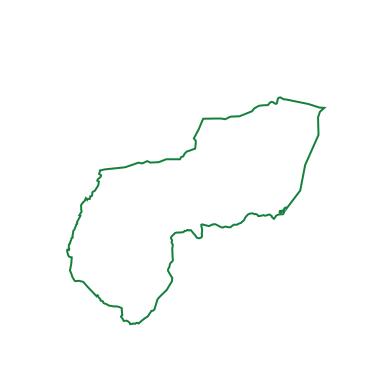 the district of Tominian, Ségou, Mali, rotated 35°
{"feature_id": "8926073B14979931376640", "entity_name": "Tominian", "entity_type": "district", "adm_level": 2, "iso_a3": "MLI", "parent_name": "Mali", "parent_adm1": "Ségou", "projection": "robinson", "projection_center": [-4.333, 13.322], "detail": "fine", "context": "isolated", "style": "outline", "palette": "green", "viewbox_px": 384, "rotation_deg": 35, "n_neighbors": 0, "source": "geoboundaries", "source_scale": "gbopen_adm2", "svg_char_len": 4412}
<svg xmlns="http://www.w3.org/2000/svg" viewBox="0 0 384 384"><g transform="rotate(35 192 192)"><path d="M252.1,47.2L248.0,49.7L236.8,53.2L216.3,62.1L213.8,63.5L210.2,63.8L209.1,64.9L208.8,66.5L209.5,67.8L210.6,70.5L210.3,71.6L209.0,72.0L206.7,72.0L205.4,72.6L204.5,74.4L204.5,75.7L204.3,77.3L200.0,80.6L197.3,83.1L195.1,87.7L194.8,91.5L187.4,102.8L180.3,108.2L177.4,113.4L173.7,115.1L171.4,116.7L159.1,125.6L161.5,136.6L162.8,147.1L165.6,147.8L167.2,150.0L169.7,154.7L164.4,162.1L164.0,165.2L164.4,167.8L163.1,169.5L163.4,172.1L152.1,180.0L147.6,186.7L141.0,191.8L137.6,192.4L134.8,197.2L131.4,198.6L123.4,209.6L122.7,210.4L107.5,223.6L104.2,227.2L104.8,228.0L105.5,230.5L107.9,230.4L108.5,232.1L107.5,236.0L107.8,236.6L108.0,237.1L109.8,236.9L111.4,240.3L111.7,246.7L110.9,248.3L110.6,248.9L110.7,249.7L111.4,250.8L112.1,252.0L112.1,253.0L111.2,253.8L112.2,256.4L110.3,257.6L110.5,258.6L108.6,258.0L109.2,260.7L108.7,262.9L108.6,266.2L111.3,269.9L112.8,271.3L113.1,275.8L114.3,275.6L114.5,277.8L115.1,282.6L116.2,283.8L115.8,284.9L116.1,285.7L117.2,290.1L117.1,292.0L118.4,294.4L119.2,296.5L120.0,297.1L120.4,297.8L119.8,298.6L120.5,300.6L121.0,303.2L121.6,304.0L121.4,305.7L123.2,308.7L124.0,308.9L124.5,310.0L123.0,310.8L123.3,311.8L125.4,313.6L126.7,314.7L128.1,315.4L129.2,315.3L131.0,314.5L134.4,320.3L137.0,326.2L141.1,328.9L142.4,330.0L144.8,331.2L147.3,332.1L150.3,329.6L154.4,328.0L161.0,329.6L173.5,332.1L173.4,331.5L173.5,331.1L173.7,330.8L174.6,330.8L175.2,331.5L175.7,331.8L176.8,332.1L177.6,332.1L178.4,332.3L178.7,332.7L179.2,333.3L180.0,333.3L180.7,332.8L181.0,332.7L182.1,332.9L182.8,333.5L183.4,333.7L184.6,333.4L186.1,333.0L188.7,332.6L189.4,332.7L190.6,331.9L193.4,330.7L194.5,329.9L195.2,329.4L197.4,328.2L200.9,327.4L201.4,327.7L202.1,328.9L203.8,330.9L205.1,332.3L205.5,332.7L205.3,333.8L205.4,334.9L206.0,335.1L207.3,335.4L208.5,335.9L209.3,336.5L209.9,336.8L210.7,336.2L211.6,335.4L211.9,335.2L212.6,334.8L214.2,334.7L215.1,334.9L215.6,334.9L216.0,334.9L216.7,335.2L217.1,335.7L218.0,334.9L218.8,334.3L219.3,333.4L220.1,332.9L221.0,332.6L221.3,331.9L221.6,331.1L221.7,330.9L222.6,330.4L223.0,330.4L223.6,330.4L223.8,329.9L223.9,329.2L224.2,328.2L224.6,326.5L224.8,325.7L225.7,322.8L226.5,320.7L227.0,319.8L227.1,319.1L227.0,313.8L226.9,312.7L227.8,312.0L228.3,311.1L228.6,309.8L225.6,300.7L225.3,299.5L225.5,297.4L225.8,295.5L227.2,288.0L227.5,287.2L227.0,280.4L226.8,277.1L226.6,276.2L225.6,274.7L225.1,273.6L222.8,272.8L217.6,270.3L217.5,270.2L217.1,269.8L217.0,269.5L216.5,267.8L216.5,266.2L215.7,264.8L215.6,264.4L215.2,263.2L215.3,261.7L215.7,259.7L215.4,258.8L212.8,255.6L209.6,251.4L208.5,250.0L207.7,248.5L207.0,247.0L206.4,246.1L205.2,245.6L204.4,245.3L204.0,244.7L203.9,244.3L203.7,243.5L203.0,242.7L202.0,242.3L201.0,241.7L200.8,240.6L201.1,238.5L201.4,236.9L201.7,235.3L202.5,234.2L203.5,233.6L204.4,232.6L205.7,232.0L206.5,231.0L207.6,230.2L208.1,229.4L208.2,228.3L208.2,228.1L209.4,227.2L209.5,227.1L209.8,226.1L210.5,225.4L211.6,225.3L212.2,224.5L213.0,223.9L215.0,224.5L217.5,225.2L219.7,225.6L220.0,225.8L220.9,226.3L221.9,226.6L223.1,226.4L224.3,225.9L225.3,224.7L225.8,223.2L225.2,221.8L224.0,220.8L222.4,217.7L220.9,216.0L219.4,214.8L218.8,214.0L218.8,213.9L218.4,213.5L218.6,213.0L219.7,212.3L221.4,211.8L222.1,211.5L225.0,210.4L225.7,210.0L226.7,207.9L227.8,206.5L228.0,206.2L229.2,205.2L231.4,204.7L234.6,204.4L236.5,203.9L237.4,203.6L237.7,203.3L238.4,202.1L239.2,201.2L240.9,200.4L241.4,200.2L242.9,199.5L243.8,198.7L244.2,197.0L244.6,195.8L245.6,194.3L246.3,193.9L247.7,193.0L248.1,191.7L249.2,190.1L250.0,188.8L250.1,187.7L250.5,186.6L250.8,185.2L250.5,183.8L250.3,182.2L250.5,179.7L250.9,177.9L251.9,176.4L252.8,175.6L253.4,175.0L254.8,174.5L255.9,174.4L256.8,173.4L257.8,173.3L259.1,173.2L259.9,173.7L260.9,173.2L262.5,171.5L263.6,170.1L265.5,169.5L266.6,168.2L267.2,167.5L268.0,166.2L269.0,165.9L270.9,166.0L271.1,166.0L271.6,166.6L273.1,166.8L274.0,167.0L274.5,167.0L274.6,166.0L274.5,163.3L275.0,162.2L276.1,160.5L276.8,159.9L278.0,159.0L278.5,158.7L279.0,158.3L279.4,157.8L279.1,156.3L279.1,156.1L278.8,154.9L278.7,154.7L278.1,154.8L277.6,155.6L276.9,156.8L276.4,157.8L275.9,158.3L275.4,158.3L275.0,157.6L274.9,157.1L275.8,156.4L276.7,155.5L277.2,154.8L277.4,154.0L277.1,152.3L277.4,151.3L277.9,150.8L278.4,150.5L278.9,151.4L279.8,128.7L269.2,105.0L262.9,72.7L252.4,58.5L250.8,52.9L252.1,47.2Z" fill="none" stroke="#15803d" stroke-width="2"/></g></svg>